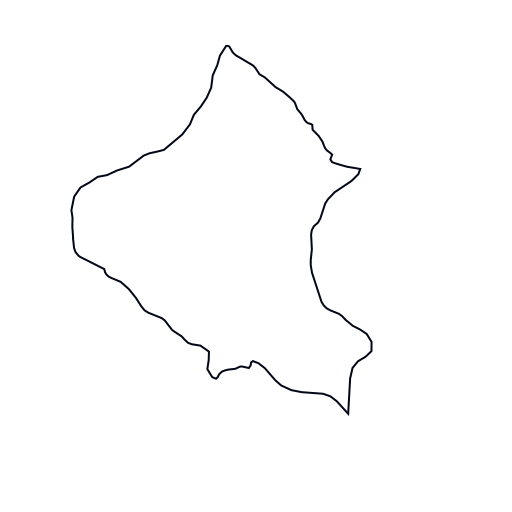 the Region of Arica y Parinacota, rotated 140°
{"feature_id": "CHL-2694", "entity_name": "Arica y Parinacota", "entity_type": "Region", "adm_level": 1, "iso_a3": "CHL", "parent_name": "Chile", "parent_adm1": "", "projection": "robinson", "projection_center": [-69.675, -18.339], "detail": "fine", "context": "isolated", "style": "outline", "palette": "ink", "viewbox_px": 512, "rotation_deg": 140, "n_neighbors": 0, "source": "natural_earth", "source_scale": "10m", "svg_char_len": 1999}
<svg xmlns="http://www.w3.org/2000/svg" viewBox="0 0 512 512"><g transform="rotate(140 256 256)"><path d="M286.8,75.9L287.5,92.9L289.2,100.7L293.2,107.4L308.5,122.3L315.2,130.6L319.9,140.6L321.1,148.3L321.3,164.3L323.0,172.2L325.9,177.5L328.2,177.6L330.5,175.6L333.5,174.8L337.3,179.8L338.6,181.1L339.9,181.7L344.4,182.9L350.1,186.7L353.1,188.2L356.3,189.3L360.2,189.1L363.2,187.8L365.5,187.7L367.3,191.1L367.4,191.3L366.0,200.6L359.1,206.7L353.5,213.0L356.2,223.1L362.0,229.8L363.9,233.3L364.5,238.4L364.5,240.6L364.7,242.5L367.5,251.7L367.8,253.6L367.3,265.4L368.1,268.9L374.9,281.7L376.3,286.1L376.2,291.1L374.9,301.4L374.7,312.6L376.3,323.2L380.8,331.9L382.0,334.7L382.5,337.6L382.1,340.5L380.7,343.4L380.7,343.6L380.7,343.8L380.8,343.9L391.2,368.1L391.8,370.3L391.7,375.1L390.2,379.1L384.6,387.5L384.4,387.5L377.9,396.5L372.0,403.2L367.9,409.8L357.1,418.4L346.3,421.3L336.4,419.4L326.4,418.4L318.1,413.7L307.4,410.8L295.8,406.0L277.5,405.1L271.7,403.2L264.2,399.3L258.4,396.5L248.5,396.5L234.4,396.5L222.0,399.3L212.8,404.1L202.1,406.0L192.1,408.9L182.2,413.7L173.0,422.2L163.1,427.0L154.8,432.7L143.9,436.1L142.5,435.0L141.8,433.7L142.8,427.8L142.9,425.6L142.4,422.6L135.8,403.8L135.6,400.6L136.5,392.9L134.4,387.0L132.5,372.9L129.6,364.3L128.1,355.1L127.5,350.0L127.9,347.8L130.0,341.9L130.0,335.9L130.3,333.3L131.3,328.9L131.3,326.2L130.7,324.2L129.1,321.8L128.6,320.3L131.5,316.3L130.8,307.8L131.6,300.8L133.3,296.0L133.8,293.7L133.8,291.3L132.7,286.5L132.5,284.7L136.9,282.3L137.4,279.0L135.5,275.7L133.2,272.2L128.7,265.6L124.8,261.1L120.6,256.1L120.2,255.7L125.0,252.9L134.7,252.1L154.8,254.3L164.6,253.2L169.3,251.7L182.6,243.4L187.1,241.7L192.6,241.6L196.8,239.8L200.1,236.9L209.0,225.1L216.4,218.0L219.9,213.9L223.9,207.1L235.3,178.7L235.9,174.5L235.5,170.5L233.9,166.4L229.7,158.5L228.7,154.8L228.4,149.3L226.7,140.2L223.5,132.7L221.3,125.1L222.7,115.9L228.7,108.9L236.7,108.4L245.5,109.8L254.0,108.2L262.6,101.7L286.8,75.9Z" fill="none" stroke="#020617" stroke-width="2"/></g></svg>